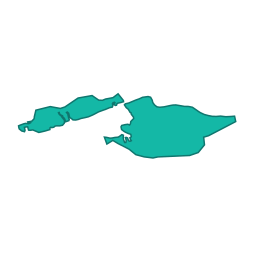 outline of Aswan, Aswan, Egypt, rotated 78°
{"feature_id": "37247803B76296882951531", "entity_name": "Aswan", "entity_type": "district", "adm_level": 2, "iso_a3": "EGY", "parent_name": "Egypt", "parent_adm1": "Aswan", "projection": "equal_earth", "projection_center": [32.878, 24.033], "detail": "fine", "context": "isolated", "style": "filled", "palette": "teal", "viewbox_px": 256, "rotation_deg": 78, "n_neighbors": 0, "source": "geoboundaries", "source_scale": "gbopen_adm2", "svg_char_len": 3016}
<svg xmlns="http://www.w3.org/2000/svg" viewBox="0 0 256 256"><g transform="rotate(78 128 128)"><path d="M139.3,152.0L137.0,145.4L141.1,141.0L148.9,131.4L155.7,125.9L159.6,118.2L162.5,109.8L162.5,104.7L167.7,73.4L166.6,64.4L160.4,56.7L152.7,55.9L152.3,50.8L144.1,21.3L142.5,21.3L140.5,21.3L140.2,21.3L138.6,21.3L138.1,25.1L137.3,30.0L135.6,35.0L135.0,39.6L134.5,41.4L134.2,42.9L132.6,46.7L130.7,50.5L127.9,54.2L126.4,55.7L123.7,58.2L121.1,60.7L120.3,62.5L119.5,64.4L118.6,68.3L116.6,73.3L115.4,76.4L114.9,79.3L114.8,81.9L114.8,88.4L114.3,92.7L113.3,95.3L110.9,97.3L108.1,98.5L107.8,98.5L107.7,98.5L106.3,98.5L105.9,98.5L102.6,99.5L101.4,101.8L101.0,107.4L101.8,110.9L102.3,114.7L103.7,122.0L103.8,125.6L104.6,126.7L105.9,126.2L106.9,125.8L107.7,125.5L109.8,123.8L113.2,122.7L113.7,121.9L113.8,121.9L115.3,121.9L118.4,120.4L120.0,120.5L120.9,122.0L122.2,123.9L124.3,124.7L125.4,125.8L124.3,127.4L124.1,130.1L124.2,133.6L125.4,134.6L128.2,134.6L130.8,132.3L131.8,131.1L133.3,129.1L134.8,126.6L137.0,126.6L137.9,127.5L137.9,128.1L139.6,128.0L141.1,127.4L141.4,128.7L140.9,129.7L139.5,130.3L137.6,130.5L136.8,131.7L136.8,132.6L137.9,132.4L140.1,132.4L141.7,133.1L141.5,134.3L140.0,134.5L138.2,134.8L136.8,134.7L136.1,134.6L134.1,134.0L133.2,135.4L134.0,137.1L134.9,139.4L134.7,141.3L134.6,142.0L134.5,143.1L134.5,145.3L134.5,145.5L134.2,147.7L132.7,150.9L132.0,153.0L139.3,152.0ZM101.4,126.9L100.1,126.8L92.5,130.6L95.2,136.4L95.0,143.9L95.6,147.2L94.7,150.8L88.8,156.4L88.3,170.6L94.3,185.3L94.8,190.1L90.9,199.6L91.4,214.4L94.6,215.9L97.5,217.3L99.2,217.8L99.6,218.2L100.0,218.7L100.2,219.1L101.2,220.4L101.3,221.9L101.3,222.2L101.3,222.8L101.2,224.9L101.3,224.9L101.8,224.6L101.8,223.0L102.1,222.7L102.6,222.2L102.7,222.5L103.2,224.3L102.4,226.6L102.2,227.1L102.2,228.5L102.2,228.8L102.6,231.7L102.8,233.1L103.1,234.6L104.8,234.7L106.2,234.6L106.3,234.6L108.8,232.6L110.1,230.0L108.9,229.2L106.8,229.2L106.7,229.2L105.8,229.2L105.8,227.4L106.0,225.9L109.4,225.7L109.9,224.3L110.1,221.5L113.8,216.2L113.8,213.8L113.7,209.7L113.3,204.7L111.8,204.4L111.2,203.2L111.8,202.5L111.8,200.4L111.0,199.1L111.0,197.6L111.2,196.6L111.5,195.3L111.7,194.2L111.7,191.5L110.0,189.3L109.1,189.0L108.2,188.7L106.9,188.7L105.2,189.6L104.0,190.2L103.0,190.6L102.2,190.7L101.6,191.6L100.7,192.0L99.7,192.7L98.5,192.8L98.5,192.0L99.8,192.0L100.9,191.4L101.8,190.4L102.4,189.5L103.6,189.5L104.6,188.7L105.0,188.5L106.0,188.1L107.5,187.8L109.0,188.1L108.5,184.3L107.4,183.7L105.9,184.0L105.3,184.0L103.8,184.0L101.9,184.0L100.0,184.9L99.8,184.0L101.1,183.0L102.7,182.9L105.3,182.9L105.5,182.9L107.1,181.3L108.6,180.2L109.3,177.6L109.3,174.8L108.9,172.1L108.9,171.9L108.9,169.3L108.9,167.6L108.8,164.3L107.9,159.8L107.2,157.2L106.1,153.4L105.3,147.8L105.2,146.6L104.9,145.0L104.3,141.9L104.3,139.0L103.0,138.2L101.0,138.2L100.1,137.3L100.1,137.1L100.0,135.9L100.6,135.5L101.9,137.1L103.3,135.7L103.3,134.5L101.9,133.7L101.6,132.6L101.6,129.6L101.4,127.7L101.4,127.2L101.4,126.9Z" fill="#14b8a6" stroke="#0f766e" stroke-width="1.5"/></g></svg>